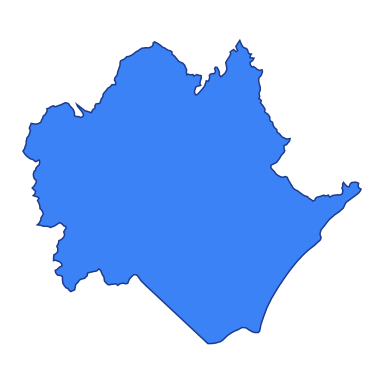 Guaraqueçaba, Paraná, Brazil (Albers equal-area conic projection)
{"feature_id": "56859067B83930730788661", "entity_name": "Guaraqueçaba", "entity_type": "district", "adm_level": 2, "iso_a3": "BRA", "parent_name": "Brazil", "parent_adm1": "Paraná", "projection": "albers", "projection_center": [-48.356, -25.235], "detail": "fine", "context": "isolated", "style": "filled", "palette": "blue", "viewbox_px": 384, "rotation_deg": 0, "n_neighbors": 0, "source": "geoboundaries", "source_scale": "gbopen_adm2", "svg_char_len": 5622}
<svg xmlns="http://www.w3.org/2000/svg" viewBox="0 0 384 384"><path d="M76.8,104.4L77.7,106.5L79.7,108.9L81.1,110.6L82.8,113.0L83.6,115.6L82.4,116.7L80.6,117.5L78.5,116.5L76.5,116.6L74.5,115.8L74.4,112.6L73.2,109.4L70.1,106.1L68.4,103.5L65.5,102.7L63.7,103.4L61.1,104.7L57.6,105.9L55.7,106.8L53.5,105.8L51.0,106.6L49.1,108.1L46.9,108.7L47.1,111.2L45.1,114.7L43.1,116.2L42.8,118.2L41.8,119.4L40.9,122.1L38.7,123.4L35.7,124.2L31.2,123.4L30.1,126.2L29.3,128.1L30.4,130.7L28.8,135.6L26.9,137.9L26.2,141.5L26.2,144.1L25.3,146.0L24.6,148.6L23.0,151.1L24.5,153.6L26.4,155.8L28.7,157.7L30.3,158.8L32.7,159.4L35.6,161.7L39.2,160.0L39.8,162.1L39.1,165.0L37.6,166.1L35.9,168.2L35.7,170.1L34.1,171.2L33.3,174.2L33.6,176.8L34.5,179.0L36.4,180.5L36.0,182.8L34.3,185.8L32.2,188.0L35.6,191.4L34.8,194.1L33.2,195.6L37.7,197.0L39.0,198.1L37.5,200.6L38.5,202.3L39.3,204.1L39.9,206.5L40.0,208.7L41.3,209.7L42.5,211.6L43.4,214.0L41.0,217.8L40.8,220.1L39.1,223.2L37.3,224.8L41.1,225.4L43.0,226.2L44.8,226.2L48.3,226.4L50.4,227.5L54.2,226.1L56.6,224.6L59.6,222.6L61.9,223.8L64.0,226.0L65.7,226.3L66.0,228.1L65.0,229.7L63.7,231.9L64.6,234.4L63.9,236.9L62.1,238.9L60.5,240.0L58.9,240.6L58.4,243.3L56.8,246.4L57.9,248.7L57.5,252.2L55.3,254.1L53.9,254.8L53.6,257.3L53.5,260.6L55.6,260.2L57.1,260.9L59.7,261.8L61.6,263.7L61.9,266.0L59.8,266.9L56.9,269.6L55.2,270.4L55.7,272.8L57.5,275.1L59.4,275.3L61.0,275.7L62.5,276.7L62.4,279.1L62.9,283.4L63.9,285.1L65.9,287.7L67.8,288.5L69.0,290.0L70.7,291.6L74.7,289.8L75.3,286.8L75.7,284.5L78.0,282.3L79.4,280.1L81.1,279.2L84.7,278.3L87.2,275.7L87.6,273.0L92.3,271.8L96.8,270.9L98.9,268.9L100.6,270.4L101.5,272.5L102.5,274.9L103.9,277.0L104.5,281.1L105.7,282.5L107.8,284.6L109.8,284.8L111.4,284.3L113.2,284.2L115.7,283.7L117.8,285.4L119.8,283.8L122.9,283.2L126.3,283.8L127.8,283.2L129.3,279.2L132.3,275.9L133.7,274.8L135.8,274.6L137.3,275.5L140.1,279.3L141.0,280.7L145.7,285.4L207.9,343.6L212.5,343.5L215.8,343.0L220.5,341.6L222.6,340.2L224.9,338.1L226.5,336.5L227.7,335.4L229.4,334.2L231.5,332.8L233.4,331.7L235.7,330.6L237.5,330.0L239.4,328.9L241.9,327.6L243.8,327.6L246.2,327.9L248.9,329.9L252.2,331.7L254.5,332.5L256.6,332.5L258.2,332.6L259.6,331.1L260.0,329.2L260.4,327.5L260.6,325.8L261.1,324.1L261.9,321.6L263.0,318.4L263.8,316.1L264.4,314.4L265.4,311.8L266.4,309.2L267.0,307.5L268.3,304.9L269.4,302.7L270.5,300.6L271.3,298.8L272.9,296.1L274.6,293.2L276.6,289.9L277.5,288.5L278.6,286.7L279.8,284.8L280.9,283.3L282.0,281.6L283.2,279.8L284.5,277.9L285.7,276.2L286.7,274.7L288.2,272.7L289.6,270.8L290.9,269.1L292.1,267.5L293.2,266.2L294.7,264.3L296.7,261.9L298.7,259.6L300.4,257.9L301.7,256.4L303.4,254.7L305.7,252.5L307.7,250.7L309.3,249.3L311.5,247.6L313.7,245.9L315.2,244.7L317.1,242.8L319.1,241.1L320.4,239.8L321.1,237.7L320.0,234.5L320.3,232.2L321.1,230.0L322.0,228.6L325.1,224.9L326.9,222.4L329.2,219.6L334.5,214.9L338.7,212.1L343.3,208.1L345.2,203.8L346.3,202.2L357.2,194.2L358.9,192.7L360.4,190.7L361.0,189.1L359.1,188.0L358.0,186.4L358.6,183.3L356.8,182.4L355.0,182.2L351.9,182.5L350.5,183.5L349.1,186.8L347.0,186.4L345.0,184.3L343.5,182.4L342.6,184.1L342.8,186.2L341.9,188.1L342.9,190.2L342.3,193.8L339.9,195.0L338.1,194.8L336.0,195.0L333.0,195.4L329.6,197.1L328.4,195.1L325.7,196.0L324.1,195.2L322.2,195.6L320.5,196.4L318.5,196.8L317.0,197.2L315.6,198.2L314.8,200.2L312.8,201.1L311.6,199.9L308.9,198.3L307.4,196.6L304.8,195.9L302.6,194.7L297.7,190.9L294.7,189.4L293.0,187.8L292.1,186.1L290.7,183.9L288.4,180.0L287.2,177.3L285.3,176.5L283.0,177.3L280.3,176.7L277.6,175.2L276.3,174.2L274.2,171.4L272.2,169.4L270.8,167.5L271.1,165.1L275.1,163.2L276.6,162.3L278.4,160.0L279.6,158.4L281.0,155.8L282.3,154.2L283.9,152.6L284.8,150.7L284.0,148.6L284.1,145.5L286.6,144.6L288.1,142.6L289.4,141.2L290.1,138.6L288.2,138.9L286.1,139.0L284.2,137.9L282.3,137.1L280.7,135.3L279.4,133.7L277.2,132.3L276.7,129.5L274.4,127.5L273.4,125.7L272.9,123.9L272.5,122.2L270.5,121.1L269.8,119.5L269.8,116.9L267.9,114.2L266.5,113.4L264.6,111.8L265.0,109.1L262.7,105.4L260.4,102.8L261.4,101.0L260.3,99.3L258.8,98.8L259.7,96.4L259.0,93.3L260.3,89.9L260.2,86.9L259.0,83.1L258.7,81.0L258.9,77.9L261.2,75.3L262.5,71.8L261.9,69.7L259.4,70.5L256.9,69.2L255.6,68.0L253.6,66.6L251.9,66.9L250.2,64.7L250.1,62.4L252.5,60.7L254.0,58.2L252.2,57.9L250.0,57.7L250.4,55.4L251.4,54.1L249.0,53.7L248.0,51.6L247.4,49.6L246.1,48.3L244.5,48.0L242.7,46.7L241.2,43.9L239.8,40.4L238.7,42.0L235.9,46.4L236.6,48.5L237.7,50.5L236.1,51.7L233.6,49.5L231.6,50.8L230.1,52.1L230.7,54.0L229.7,56.1L226.9,60.4L225.7,62.7L226.5,66.1L226.8,69.7L225.1,73.1L221.0,76.8L219.3,75.0L219.4,72.6L218.8,70.6L217.1,67.4L215.4,67.2L214.6,68.6L215.5,71.1L214.5,73.6L212.3,73.6L210.5,74.1L209.4,75.3L209.6,78.0L208.5,81.2L206.3,80.8L205.7,83.0L204.3,86.6L200.9,90.7L197.5,94.4L195.7,94.9L194.6,93.1L194.6,90.7L195.7,87.2L197.2,86.3L200.7,85.4L199.9,83.8L200.3,80.9L201.3,78.2L201.1,75.6L198.4,75.2L196.9,74.5L193.9,76.1L192.9,74.5L190.2,74.9L188.2,74.1L186.8,74.9L186.3,72.0L186.7,70.0L184.5,65.0L182.8,63.2L178.9,61.5L176.3,58.3L174.8,56.5L173.7,55.4L172.1,54.4L171.9,51.8L170.1,50.7L168.1,50.3L164.7,48.0L162.8,47.4L160.6,45.4L157.9,43.6L154.5,41.8L153.1,43.0L153.0,45.1L151.7,46.7L148.6,47.9L145.6,47.7L143.8,48.1L142.1,48.1L140.0,49.4L138.1,50.8L136.3,51.6L134.3,53.3L131.4,55.3L128.5,56.5L126.7,56.7L124.7,58.9L123.1,59.6L120.8,60.7L120.1,62.2L120.0,65.4L117.8,71.7L117.1,75.1L115.0,77.7L114.4,80.0L115.6,82.2L115.5,84.7L112.0,84.6L110.2,86.8L107.8,88.2L105.9,90.8L103.3,93.8L102.8,96.9L101.2,99.1L99.9,103.3L96.0,103.9L94.9,105.8L95.0,108.0L92.6,109.9L91.3,112.7L86.6,111.1L85.0,110.8L83.4,109.5L76.8,104.4Z" fill="#3b82f6" stroke="#1e3a8a" stroke-width="1.5"/></svg>